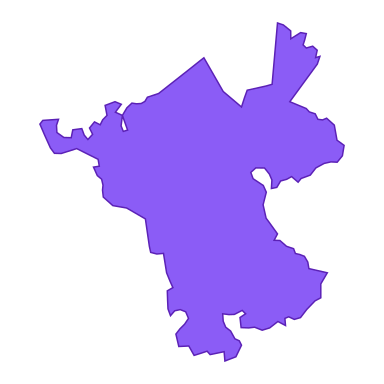 Constantina, Rio Grande do Sul, Brazil
{"feature_id": "56859067B19051773573011", "entity_name": "Constantina", "entity_type": "district", "adm_level": 2, "iso_a3": "BRA", "parent_name": "Brazil", "parent_adm1": "Rio Grande do Sul", "projection": "robinson", "projection_center": [-52.994, -27.69], "detail": "fine", "context": "isolated", "style": "filled", "palette": "violet", "viewbox_px": 384, "rotation_deg": 0, "n_neighbors": 0, "source": "geoboundaries", "source_scale": "gbopen_adm2", "svg_char_len": 2173}
<svg xmlns="http://www.w3.org/2000/svg" viewBox="0 0 384 384"><path d="M39.9,124.1L44.5,134.8L50.4,147.9L54.4,153.3L61.2,153.5L76.7,148.6L98.1,159.3L99.3,166.2L93.5,167.1L97.3,175.6L101.6,179.2L103.0,185.2L102.5,190.1L103.3,197.1L112.8,205.6L126.6,208.0L145.4,218.9L146.1,223.8L149.4,246.6L150.7,252.4L156.8,254.0L163.5,253.4L166.6,272.8L170.2,281.6L172.9,287.6L167.3,290.8L167.6,300.2L168.0,308.9L170.5,315.7L174.7,310.8L180.2,309.6L185.7,311.8L188.5,318.4L184.6,324.2L179.9,328.9L175.9,334.1L178.8,346.5L188.8,346.0L194.1,355.4L201.4,353.1L207.1,351.2L210.1,354.6L224.1,351.7L224.9,361.0L235.9,356.8L241.5,345.2L239.3,340.8L234.9,338.8L230.6,331.0L225.7,327.2L223.2,321.2L222.7,313.8L228.9,314.6L234.4,314.4L242.2,310.4L245.6,313.8L240.0,317.5L241.1,327.6L248.8,327.9L254.6,327.2L262.2,330.2L269.7,327.9L277.9,321.5L285.5,325.5L284.9,318.4L288.7,316.8L294.3,319.4L300.5,317.6L306.8,309.4L315.1,300.8L320.8,297.8L320.8,283.9L327.3,272.8L308.9,268.6L307.8,262.1L304.4,256.3L299.8,254.5L295.4,253.5L293.6,248.7L286.5,246.3L279.9,240.5L274.1,240.3L277.5,233.9L269.0,222.1L266.1,218.2L263.1,204.8L266.3,192.2L263.3,185.5L253.1,178.7L250.8,172.4L255.8,167.9L264.5,168.0L269.4,174.1L271.9,180.0L271.4,188.5L276.8,187.4L280.6,181.0L286.7,179.3L291.6,176.6L298.1,182.2L301.1,178.5L310.3,175.1L315.9,167.9L324.2,163.4L330.9,161.9L337.2,162.2L342.4,155.8L344.1,145.4L337.0,140.2L334.3,125.1L326.6,118.2L322.6,119.9L317.9,119.3L315.2,113.8L309.3,111.9L306.2,108.5L289.8,101.7L317.3,64.1L319.9,56.4L315.6,57.6L317.2,50.2L312.7,46.2L306.3,48.0L303.1,44.9L304.7,39.9L306.3,33.6L300.6,32.6L290.8,38.8L290.7,30.9L283.3,24.9L277.5,23.0L272.1,84.3L266.1,86.0L247.2,90.2L244.5,97.7L241.5,107.0L223.2,91.5L203.9,57.8L200.5,60.4L190.6,68.3L158.6,93.5L147.4,97.2L144.9,101.4L141.2,103.5L136.5,103.8L131.9,103.1L126.9,107.8L122.4,115.4L115.4,112.2L121.3,104.3L115.0,101.7L105.1,105.4L107.0,115.4L102.7,119.8L100.2,124.8L94.5,121.9L89.5,128.0L92.6,134.3L87.9,139.5L84.2,135.1L81.8,128.6L72.8,129.8L71.2,137.7L63.9,137.5L56.9,132.5L56.5,125.3L58.5,119.3L42.8,120.4L39.9,124.1ZM122.4,115.4L127.6,130.1L123.3,131.4L121.1,125.9L122.4,115.4Z" fill="#8b5cf6" stroke="#5b21b6" stroke-width="1.5"/></svg>